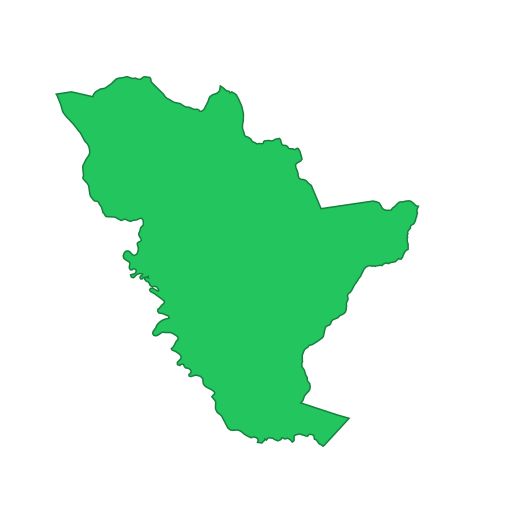 Sinop, Mato Grosso, Brazil, rotated 350°
{"feature_id": "56859067B61328210802035", "entity_name": "Sinop", "entity_type": "district", "adm_level": 2, "iso_a3": "BRA", "parent_name": "Brazil", "parent_adm1": "Mato Grosso", "projection": "orthographic", "projection_center": [-55.512, -11.743], "detail": "fine", "context": "isolated", "style": "filled", "palette": "green", "viewbox_px": 512, "rotation_deg": 350, "n_neighbors": 0, "source": "geoboundaries", "source_scale": "gbopen_adm2", "svg_char_len": 6099}
<svg xmlns="http://www.w3.org/2000/svg" viewBox="0 0 512 512"><g transform="rotate(350 256 256)"><path d="M250.4,82.3L248.9,86.8L247.7,87.8L245.9,88.9L243.6,89.4L242.0,89.4L238.6,90.9L237.5,92.0L235.4,95.8L230.1,102.8L227.3,104.1L226.0,103.8L224.9,102.1L223.7,101.3L221.1,101.0L219.7,100.4L216.4,98.1L212.7,97.0L211.0,95.8L207.9,92.8L202.4,90.6L200.6,89.4L198.5,87.3L195.7,85.3L194.4,83.7L192.9,80.4L184.0,67.9L183.0,66.0L183.1,63.2L182.4,61.7L178.0,60.3L176.1,60.2L173.1,61.9L170.5,61.4L168.1,59.8L166.1,59.8L164.5,59.5L160.7,57.2L158.9,57.0L155.5,57.3L152.4,57.0L150.3,57.2L148.9,57.5L143.1,61.4L136.9,64.3L135.5,64.6L131.7,64.5L126.8,66.4L125.1,67.6L123.6,69.4L123.0,70.8L102.8,62.3L87.4,61.9L88.0,63.4L90.0,72.9L90.7,80.1L91.1,81.3L93.5,86.1L95.9,89.5L99.4,95.0L103.5,102.8L104.4,104.1L107.3,113.0L109.6,116.6L110.4,119.6L110.5,123.1L110.1,125.7L108.7,128.0L105.4,131.3L101.3,136.9L100.7,139.0L100.1,147.0L99.1,148.6L99.2,150.1L102.4,155.1L103.4,157.7L103.1,166.2L103.4,168.4L105.6,172.6L106.6,173.8L108.8,174.4L110.2,175.5L110.8,177.9L112.3,181.0L112.9,186.8L114.1,188.5L114.5,190.1L115.3,191.2L123.1,193.0L124.8,193.8L126.0,195.0L129.5,197.7L132.9,196.9L134.6,197.6L135.7,198.6L138.4,200.1L141.6,199.5L143.3,199.7L145.5,199.6L148.1,198.8L149.6,198.9L150.9,200.8L151.0,202.4L150.4,205.9L147.3,208.1L146.1,211.0L144.5,213.3L144.3,215.7L145.7,219.1L145.8,220.7L144.3,221.6L142.5,222.0L141.4,222.7L141.1,224.0L141.5,227.1L141.3,229.0L140.3,231.4L139.3,233.0L137.7,234.1L135.5,234.1L134.2,232.7L132.6,230.1L131.1,228.8L129.0,228.6L127.2,229.6L126.1,231.2L125.3,232.7L125.2,234.4L125.6,235.6L126.7,236.9L130.3,240.1L130.5,241.5L129.3,244.8L129.2,246.5L130.2,248.0L131.5,248.1L132.9,247.3L134.3,247.6L135.6,249.3L134.9,251.2L133.6,252.3L129.2,252.8L129.6,255.2L131.4,256.1L132.8,255.5L134.0,254.4L135.4,253.6L136.8,253.3L138.8,253.1L141.1,254.0L140.4,255.4L138.8,255.7L138.0,256.8L138.5,258.6L139.9,258.8L141.5,257.8L143.3,257.9L142.3,259.4L143.3,261.5L145.0,262.5L146.1,264.0L146.4,266.1L147.4,267.5L148.9,268.4L150.7,268.2L152.8,269.1L154.3,272.4L153.7,273.6L152.0,272.5L149.5,270.4L148.3,269.8L146.4,269.6L145.3,271.0L145.9,272.6L149.4,275.4L155.8,282.1L157.9,284.6L157.7,285.9L156.4,287.1L154.5,288.2L151.8,290.6L150.2,291.4L149.6,293.3L150.4,295.2L154.1,296.5L159.3,299.9L159.8,301.9L158.4,302.3L155.8,302.3L152.3,303.1L149.1,304.7L147.2,306.1L146.0,307.3L145.1,309.0L141.5,312.5L140.8,314.6L141.6,316.4L143.4,317.2L145.4,317.0L150.2,314.9L151.5,314.9L152.8,315.5L158.6,316.6L159.7,317.2L160.9,318.1L163.6,320.5L164.9,322.1L165.0,324.0L163.9,325.3L162.7,326.0L159.6,330.2L158.3,331.5L156.5,332.5L157.1,334.1L160.0,335.9L161.9,337.6L163.9,339.8L164.7,341.8L164.3,343.9L160.0,347.2L159.8,349.3L161.9,350.6L163.9,349.6L165.8,350.1L166.2,352.2L167.1,353.9L170.1,355.0L171.4,356.3L172.1,358.2L171.7,359.5L169.4,361.1L169.2,362.5L170.8,363.4L175.3,362.9L176.6,363.0L180.1,364.7L181.7,366.6L182.3,368.1L181.9,371.2L182.1,373.3L183.2,375.2L184.5,376.6L189.1,380.0L191.0,382.1L191.6,383.5L191.2,384.7L189.4,385.7L188.1,387.0L190.7,391.6L190.9,393.0L189.6,399.0L189.8,400.4L190.7,403.4L193.5,406.4L194.5,408.0L198.3,420.1L199.5,421.9L200.8,423.0L202.7,423.6L206.9,424.0L209.0,424.8L210.9,426.2L213.7,429.6L215.2,430.9L219.0,433.8L220.3,434.2L221.9,433.6L224.7,434.9L226.0,436.4L226.0,438.2L225.1,439.8L229.4,441.2L230.9,439.9L232.5,439.0L233.0,437.7L234.3,439.1L236.4,437.4L237.9,437.3L239.1,438.0L240.7,438.2L242.2,439.8L245.4,441.8L247.7,441.4L249.0,440.8L249.7,439.6L251.3,440.1L252.3,441.1L253.8,441.2L255.1,440.9L256.6,441.7L258.2,443.4L259.3,445.5L260.8,445.0L261.6,443.9L262.1,440.3L263.3,439.3L264.9,439.0L268.9,438.9L270.0,440.1L271.6,440.5L273.8,442.0L275.6,442.4L277.3,440.9L278.7,441.1L280.5,441.8L281.8,443.3L281.7,446.5L283.5,447.6L285.2,451.3L286.0,452.3L287.6,453.4L289.1,455.0L290.6,454.1L319.5,432.0L308.6,426.7L274.6,408.5L277.2,406.4L279.0,402.9L280.3,401.4L285.1,397.7L286.3,395.6L286.7,394.0L286.7,390.9L285.2,388.3L285.0,386.5L285.4,384.8L284.6,382.6L284.1,380.2L283.8,376.8L282.2,373.3L282.2,370.4L283.4,368.2L284.2,362.1L287.5,356.5L291.3,354.7L293.1,353.1L295.6,353.2L302.1,350.6L307.1,348.1L308.4,346.8L311.5,339.3L312.6,337.7L314.6,337.0L316.2,336.8L317.5,336.0L319.0,333.4L320.3,332.3L325.9,331.0L328.3,329.2L330.4,328.8L333.3,327.6L334.4,326.5L335.3,325.0L336.4,321.3L336.9,318.0L339.2,314.5L339.2,311.3L339.7,309.8L341.0,308.8L342.5,308.2L344.3,306.4L347.8,301.8L351.5,298.2L352.9,296.4L355.3,294.3L360.1,287.7L362.6,285.9L364.9,285.3L366.7,285.3L368.4,286.2L369.8,286.1L371.4,286.9L372.8,286.6L377.1,286.8L378.5,287.3L380.0,286.2L382.6,285.4L385.3,286.5L387.0,285.9L392.3,285.8L396.0,283.3L397.0,284.0L398.3,284.3L400.0,282.8L401.5,280.1L402.7,278.8L403.5,277.5L404.7,276.7L407.0,275.8L407.9,270.4L407.5,269.0L407.7,265.7L408.6,263.8L408.4,262.1L409.5,260.5L409.3,259.1L410.2,257.7L413.0,255.3L413.1,253.7L414.8,252.4L416.6,251.9L417.7,250.9L419.4,248.5L419.9,246.7L420.9,245.5L421.5,243.5L422.5,241.7L422.2,240.3L422.6,238.2L424.6,235.2L423.1,234.7L421.9,233.8L420.2,231.3L417.8,228.8L415.6,228.1L411.8,228.0L409.9,228.2L407.9,227.8L406.3,227.9L403.5,229.6L402.0,230.9L398.6,232.6L397.3,234.0L395.9,234.3L391.9,233.5L389.9,232.3L388.8,231.2L387.7,227.9L386.4,225.0L383.5,223.3L380.9,222.2L328.3,220.7L322.7,196.1L320.2,193.4L319.0,191.3L317.8,190.0L316.3,189.0L313.7,188.4L311.9,186.7L311.4,184.5L311.7,183.1L311.5,179.6L310.6,175.7L310.8,173.0L312.2,171.7L316.5,170.2L318.2,168.5L317.5,161.2L316.8,158.7L316.1,157.4L314.8,157.1L313.2,157.9L312.0,157.7L310.9,156.8L307.4,156.1L306.5,155.0L306.1,153.7L304.5,152.3L301.4,151.5L300.7,149.8L300.4,145.9L299.5,144.3L295.7,144.3L292.8,145.3L291.0,145.4L289.1,144.5L284.6,144.1L283.4,144.7L282.8,146.2L281.3,146.5L279.1,145.8L276.5,145.8L274.5,144.1L272.3,142.8L271.0,139.7L269.0,137.7L266.3,136.2L265.7,134.9L265.5,131.5L265.0,129.7L265.0,127.2L265.6,124.1L266.9,120.9L268.3,114.2L268.3,112.7L268.0,106.2L266.4,99.4L264.6,93.9L263.6,92.7L260.5,90.1L258.7,90.9L258.0,89.0L255.8,88.2L254.6,87.1L253.6,85.5L250.4,82.3ZM144.6,257.8L146.3,257.3L146.3,258.9L144.6,257.8Z" fill="#22c55e" stroke="#15803d" stroke-width="1.5"/></g></svg>